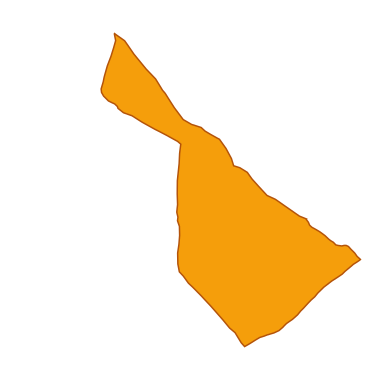 Gwelekpoken, Maryland, Liberia (Albers equal-area conic projection), rotated 315°
{"feature_id": "62588387B88590052314441", "entity_name": "Gwelekpoken", "entity_type": "district", "adm_level": 2, "iso_a3": "LBR", "parent_name": "Liberia", "parent_adm1": "Maryland", "projection": "albers", "projection_center": [-7.93, 4.962], "detail": "fine", "context": "isolated", "style": "filled", "palette": "amber", "viewbox_px": 384, "rotation_deg": 315, "n_neighbors": 0, "source": "geoboundaries", "source_scale": "gbopen_adm2", "svg_char_len": 1929}
<svg xmlns="http://www.w3.org/2000/svg" viewBox="0 0 384 384"><g transform="rotate(315 192 192)"><path d="M146.1,347.3L150.3,349.6L155.5,351.5L160.6,351.9L161.9,351.8L165.8,351.8L169.3,352.4L173.0,353.1L179.9,353.5L181.5,353.3L182.8,353.2L184.4,353.0L188.8,353.0L195.1,352.7L199.6,352.6L204.7,352.9L209.6,352.4L218.0,352.5L228.1,353.8L235.0,355.3L240.2,356.3L244.1,356.3L252.9,357.1L254.9,357.2L259.3,358.2L262.5,358.8L263.4,358.8L263.4,358.0L263.2,354.3L263.9,350.3L263.9,345.1L264.1,341.2L263.3,338.9L261.9,337.4L259.8,336.1L257.5,333.1L256.3,331.1L256.4,327.5L255.9,325.6L255.6,324.2L255.3,321.8L255.2,317.0L254.7,313.5L254.2,310.4L253.1,306.1L251.8,301.6L251.7,298.6L252.9,295.7L253.4,292.2L253.9,292.1L250.9,285.0L247.7,267.0L245.8,256.2L242.6,247.5L243.1,234.6L243.6,225.5L243.8,224.1L244.7,218.8L245.0,217.3L243.0,208.7L240.0,202.9L243.0,197.2L243.5,196.3L246.8,185.3L248.7,174.1L247.9,171.6L245.9,164.5L244.3,158.2L244.1,152.9L240.7,146.2L239.5,144.0L237.0,134.6L237.1,133.8L239.1,119.8L240.9,111.6L242.8,103.2L243.1,99.2L245.0,91.4L246.2,86.3L246.5,72.7L248.4,53.5L250.3,43.2L251.3,37.4L249.5,26.9L249.3,25.2L248.9,25.3L247.4,27.5L245.8,29.9L245.0,31.0L238.6,34.6L230.6,38.8L221.4,42.9L218.5,44.5L212.1,48.1L210.6,49.0L207.2,51.3L200.6,54.9L198.4,57.7L197.3,61.7L197.3,68.5L198.5,72.1L199.6,75.0L199.7,78.7L198.8,80.6L199.6,87.5L203.5,95.7L206.1,107.4L210.2,121.7L211.6,125.9L213.9,133.2L217.6,146.0L217.8,148.7L217.9,150.3L216.9,151.0L210.6,155.9L202.9,162.9L189.7,173.6L180.3,182.8L172.9,190.7L169.3,193.6L167.1,195.4L166.3,196.5L164.3,199.8L161.4,202.1L158.8,207.4L152.5,214.0L145.7,219.8L138.7,225.0L131.1,232.9L126.6,239.5L126.4,245.3L125.0,254.0L125.2,259.6L125.1,272.4L124.9,276.8L124.6,286.2L123.4,304.5L122.4,314.8L123.0,321.9L120.2,333.4L119.9,338.5L125.4,340.0L128.8,340.8L132.4,341.6L137.1,342.8L141.1,344.9L144.1,346.2L145.6,347.1L146.1,347.3Z" fill="#f59e0b" stroke="#b45309" stroke-width="1.5"/></g></svg>